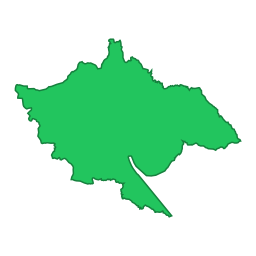 outline of Mampikony, Sofia, Madagascar
{"feature_id": "10022922B54995100782210", "entity_name": "Mampikony", "entity_type": "district", "adm_level": 2, "iso_a3": "MDG", "parent_name": "Madagascar", "parent_adm1": "Sofia", "projection": "albers", "projection_center": [47.723, -16.182], "detail": "fine", "context": "isolated", "style": "filled", "palette": "green", "viewbox_px": 256, "rotation_deg": 0, "n_neighbors": 0, "source": "geoboundaries", "source_scale": "gbopen_adm2", "svg_char_len": 5774}
<svg xmlns="http://www.w3.org/2000/svg" viewBox="0 0 256 256"><path d="M240.6,141.0L239.9,139.6L238.4,139.0L237.7,138.4L237.2,137.4L236.9,134.6L235.8,133.6L235.4,131.8L234.6,130.7L234.2,129.3L232.6,128.8L232.1,128.4L230.8,125.0L229.4,124.7L228.6,123.6L228.0,122.2L226.9,122.5L225.6,121.8L223.0,118.9L222.1,117.3L220.8,115.9L220.5,115.9L219.7,116.7L219.6,117.5L218.6,114.0L217.7,113.1L217.6,109.8L216.5,109.0L215.7,108.0L214.5,107.4L214.0,106.6L213.1,106.3L211.9,105.0L209.4,103.4L206.1,99.9L204.9,96.9L201.7,94.1L201.4,90.4L200.3,89.5L200.0,88.4L199.4,87.8L198.9,87.7L194.9,88.5L193.8,88.3L192.5,88.5L191.8,87.7L190.4,88.5L189.4,90.2L187.8,87.9L187.8,87.1L187.6,86.8L186.7,87.2L186.5,86.6L185.9,86.9L185.1,86.1L183.5,86.1L183.1,85.6L180.7,84.7L179.8,85.2L179.7,86.0L179.2,86.2L178.8,85.8L177.8,85.6L177.2,85.1L176.2,85.6L175.3,85.2L173.8,86.3L172.9,86.1L172.6,85.7L171.6,86.1L170.5,85.8L170.1,86.6L168.7,86.6L166.8,88.3L164.9,88.8L164.0,88.7L163.6,88.4L163.3,87.5L162.7,87.3L163.1,86.4L162.3,85.6L162.2,83.4L161.6,83.5L161.0,83.1L160.3,83.6L159.9,83.2L159.8,82.2L159.2,81.6L158.6,81.8L158.4,81.3L157.3,81.9L157.2,82.5L157.0,82.4L157.0,81.8L155.5,82.1L155.7,80.8L154.9,80.1L153.3,81.0L153.1,80.8L152.4,79.4L152.7,78.2L152.3,77.9L152.6,77.1L152.5,76.9L151.9,77.0L150.8,75.9L151.0,74.4L151.7,73.7L151.3,72.9L151.4,72.6L151.0,72.1L151.6,71.3L151.6,70.4L150.3,72.2L149.1,72.9L148.3,72.8L147.8,72.1L148.2,70.5L147.9,69.8L144.7,68.9L143.0,68.7L141.2,64.4L140.1,63.2L139.1,62.5L138.9,61.3L137.9,60.2L136.6,60.1L135.4,58.8L133.0,58.0L132.4,57.0L130.9,57.5L130.7,59.2L131.2,59.9L131.1,60.5L130.2,60.8L128.6,60.5L127.2,62.0L126.1,62.5L125.4,62.3L124.5,61.6L122.9,57.5L123.0,55.3L122.8,52.4L121.4,50.0L121.4,48.9L122.0,47.1L121.8,46.6L120.9,46.0L121.0,44.2L120.7,42.0L120.1,40.4L119.6,40.5L118.8,41.8L116.9,41.7L115.1,42.7L114.2,42.3L113.6,39.5L113.3,39.2L110.2,39.2L108.8,40.2L108.9,41.2L109.8,41.8L110.6,43.4L109.8,43.4L109.6,43.7L109.9,44.0L109.4,44.9L109.1,46.4L109.1,47.2L108.9,47.3L108.5,47.0L108.2,47.5L108.6,48.3L108.7,49.7L109.2,52.1L108.8,54.8L108.5,55.6L107.6,56.3L107.5,57.6L106.7,58.5L105.1,59.4L104.0,60.5L102.4,63.7L101.8,64.2L101.4,67.3L101.0,68.3L97.7,68.8L96.3,66.1L95.4,65.1L90.7,63.0L89.4,63.2L87.8,62.9L85.8,63.7L84.8,63.8L82.7,62.6L82.1,61.7L81.1,62.1L80.0,62.2L79.2,63.0L78.2,64.5L77.4,68.3L76.3,69.8L73.1,71.9L72.4,71.6L71.7,72.0L70.9,72.9L70.4,74.0L67.9,76.3L67.7,78.0L67.1,79.3L64.4,81.2L63.0,82.6L62.1,82.9L57.0,84.3L51.6,86.4L49.4,86.8L48.9,86.7L47.8,87.8L46.0,89.1L39.3,90.7L37.3,90.0L35.9,89.9L34.0,88.6L28.3,88.8L27.5,88.5L27.2,86.1L23.8,86.1L19.7,84.9L18.7,85.1L17.3,84.7L16.6,84.9L16.1,85.5L15.6,87.3L15.4,88.6L15.4,90.5L18.2,93.3L18.5,94.5L17.8,97.1L17.8,98.1L22.2,98.4L22.5,98.9L23.2,104.9L23.8,106.5L25.5,108.2L26.8,108.9L28.8,108.2L31.4,107.9L31.6,108.9L31.0,110.4L29.7,111.3L27.8,113.3L29.8,115.5L29.9,116.5L29.3,117.1L28.7,118.7L29.0,119.8L30.1,120.8L31.0,121.0L31.6,120.6L32.5,118.7L33.3,118.7L35.9,119.7L36.4,120.2L36.7,121.4L38.4,122.0L38.9,122.5L39.0,123.9L39.9,125.3L39.9,125.8L39.8,126.3L38.2,128.6L38.7,132.4L37.9,136.1L40.7,140.2L41.3,142.9L42.2,143.5L44.3,143.0L45.8,143.1L46.6,142.8L47.7,142.8L50.7,143.2L53.7,143.1L54.8,143.6L55.0,144.0L54.3,144.7L54.2,145.6L55.1,146.4L55.6,147.2L55.3,147.8L54.4,148.2L55.0,149.0L54.4,150.1L54.5,151.2L53.3,151.8L51.7,154.7L51.6,155.3L52.3,157.0L52.5,158.1L53.0,158.4L54.3,157.9L57.3,159.0L59.2,157.6L60.0,158.4L60.2,159.6L61.3,159.9L62.8,158.9L64.5,158.4L65.1,158.5L66.6,159.7L68.9,162.5L71.1,163.8L72.9,166.1L73.4,167.6L73.2,169.3L73.4,173.5L73.1,174.5L71.8,177.0L71.2,179.6L73.0,179.6L74.2,180.3L76.3,180.8L80.3,181.1L84.3,182.9L87.9,184.0L89.0,183.6L90.5,183.9L91.6,183.6L92.1,183.8L93.1,183.4L93.1,182.3L92.2,179.2L92.5,178.2L93.2,177.9L94.0,178.0L94.9,178.8L96.2,179.3L98.4,179.8L101.2,178.8L101.3,180.0L101.9,180.3L102.8,180.2L103.4,180.5L104.9,180.2L105.9,180.4L108.0,179.1L108.9,179.7L110.0,179.2L110.5,180.2L111.1,179.8L111.9,179.8L112.3,179.3L113.1,179.0L115.3,179.7L115.6,180.0L115.7,181.4L116.2,182.2L117.1,182.3L118.0,181.8L119.0,182.9L119.6,183.2L120.6,182.9L122.0,183.4L123.8,183.3L122.7,184.4L123.1,186.5L122.4,188.4L120.9,189.4L121.1,191.3L121.7,192.2L121.3,193.3L121.4,194.2L121.9,194.5L122.6,194.6L121.7,195.7L121.9,196.2L121.7,196.9L122.5,197.6L122.3,198.4L122.5,198.7L123.3,198.7L124.3,198.1L126.0,199.0L129.2,199.3L131.6,201.0L132.3,202.2L134.6,203.4L137.1,205.7L138.3,205.8L138.2,207.1L138.7,207.3L140.6,207.4L140.8,207.6L139.8,208.6L139.9,209.0L140.9,208.5L141.7,209.0L142.7,208.7L143.3,208.0L143.4,206.8L145.3,205.1L147.0,206.2L148.6,206.6L149.5,207.4L150.7,208.0L151.4,208.9L153.2,209.4L154.4,211.0L155.0,211.3L155.0,212.2L155.3,212.3L156.9,211.9L159.6,212.2L161.2,212.0L162.3,211.1L162.9,211.1L163.3,212.0L163.1,212.7L165.1,213.5L166.5,215.1L168.3,215.4L169.2,216.8L171.7,215.8L138.3,174.9L136.7,173.6L132.9,168.3L131.4,165.6L129.3,160.8L128.2,157.1L128.5,156.2L131.0,156.0L131.5,156.3L134.1,162.9L136.1,166.3L146.4,175.6L151.2,175.9L155.8,175.2L164.9,170.9L166.6,168.4L167.7,167.6L170.6,162.7L171.9,161.1L174.3,160.3L174.8,158.8L174.6,157.9L175.6,157.6L175.9,156.5L176.9,155.8L177.2,155.3L178.2,154.6L178.5,154.1L179.0,154.0L179.5,154.6L180.6,153.5L181.6,151.4L181.5,150.6L181.9,150.0L182.3,148.1L182.2,146.8L182.4,145.7L182.6,145.0L183.6,143.9L183.4,142.1L182.6,140.9L183.9,141.5L185.0,141.5L185.3,142.5L186.9,142.8L187.5,144.6L187.8,144.9L190.5,144.9L191.4,144.6L191.8,145.0L192.3,144.9L195.9,143.0L197.6,143.9L198.4,145.1L200.6,145.9L203.6,145.9L205.7,147.6L207.4,148.1L208.2,148.7L213.4,149.1L215.7,150.2L217.0,148.8L219.4,147.9L220.4,147.1L222.1,147.1L222.8,147.4L223.7,148.5L224.7,148.4L225.7,147.1L226.6,146.5L228.1,144.0L231.6,142.4L232.9,142.4L234.6,143.0L236.5,143.0L237.9,142.7L239.4,141.2L240.6,141.0Z" fill="#22c55e" stroke="#15803d" stroke-width="1.5"/></svg>